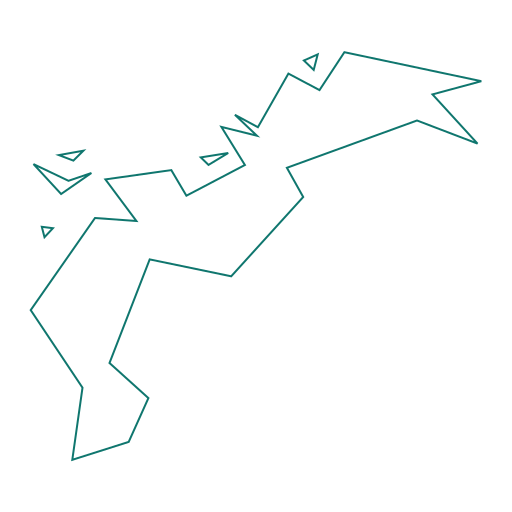 SVG path tracing the border of Ostrobothnia
{"feature_id": "FIN-3182", "entity_name": "Ostrobothnia", "entity_type": "Province", "adm_level": 1, "iso_a3": "FIN", "parent_name": "Finland", "parent_adm1": "", "projection": "natural_earth1", "projection_center": [22.043, 62.87], "detail": "coarse", "context": "isolated", "style": "outline", "palette": "teal", "viewbox_px": 512, "rotation_deg": 0, "n_neighbors": 0, "source": "natural_earth", "source_scale": "10m", "svg_char_len": 693}
<svg xmlns="http://www.w3.org/2000/svg" viewBox="0 0 512 512"><path d="M72.3,459.8L82.5,387.7L30.7,310.1L95.0,218.0L136.4,221.0L105.4,179.4L171.3,170.1L186.4,195.7L244.9,165.0L221.4,126.9L256.9,135.7L234.9,114.8L257.9,127.2L288.4,73.6L319.5,90.1L344.4,52.2L481.3,81.2L432.5,94.4L477.5,143.6L417.0,120.5L286.9,167.8L303.2,197.0L231.2,276.3L149.7,259.4L109.5,363.0L148.4,398.1L128.7,441.9L72.3,459.8ZM91.4,173.0L61.1,194.0L33.5,164.1L68.5,180.8L91.4,173.0ZM208.5,164.9L200.8,157.4L228.2,153.0L208.5,164.9ZM317.7,54.4L313.7,69.9L303.9,60.5L317.7,54.4ZM83.4,150.7L73.4,160.6L58.9,155.1L83.4,150.7ZM52.9,228.2L44.5,237.2L41.8,226.8L52.9,228.2Z" fill="none" stroke="#0f766e" stroke-width="2"/></svg>